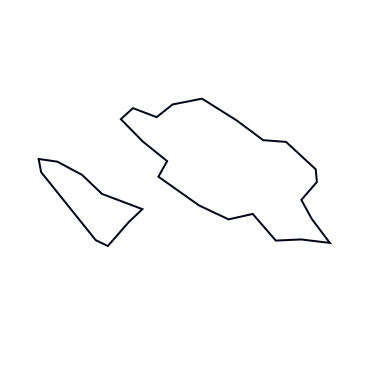 the border of Triesenberg, rotated 131°
{"feature_id": "LIE-4892", "entity_name": "Triesenberg", "entity_type": "state/province", "adm_level": 1, "iso_a3": "LIE", "parent_name": "Liechtenstein", "parent_adm1": "", "projection": "mercator", "projection_center": [9.569, 47.119], "detail": "fine", "context": "isolated", "style": "outline", "palette": "ink", "viewbox_px": 384, "rotation_deg": 131, "n_neighbors": 0, "source": "natural_earth", "source_scale": "10m", "svg_char_len": 545}
<svg xmlns="http://www.w3.org/2000/svg" viewBox="0 0 384 384"><g transform="rotate(131 192 192)"><path d="M167.5,291.6L158.7,267.8L138.7,264.1L115.0,245.7L108.7,205.3L106.2,172.3L92.5,153.9L93.7,113.5L102.5,104.3L126.2,104.3L133.7,84.1L140.0,54.6L156.2,78.5L173.7,96.9L168.7,131.8L188.7,146.5L197.5,177.8L202.5,227.4L185.0,231.0L186.2,262.2L183.7,293.5L167.5,291.6ZM288.0,220.1L291.5,233.1L276.0,318.9L267.7,329.4L257.5,313.6L251.2,286.1L252.5,258.6L237.5,218.2L256.2,220.0L288.0,220.1Z" fill="none" stroke="#020617" stroke-width="2"/></g></svg>